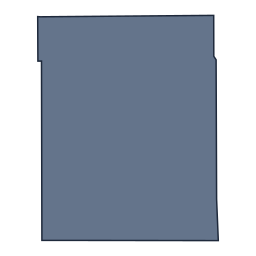 Aurora, South Dakota, United States of America (orthographic projection)
{"feature_id": "52423323B17598192587787", "entity_name": "Aurora", "entity_type": "district", "adm_level": 2, "iso_a3": "USA", "parent_name": "United States of America", "parent_adm1": "South Dakota", "projection": "orthographic", "projection_center": [-98.556, 43.718], "detail": "fine", "context": "isolated", "style": "filled", "palette": "slate", "viewbox_px": 256, "rotation_deg": 0, "n_neighbors": 0, "source": "geoboundaries", "source_scale": "gbopen_adm2", "svg_char_len": 262}
<svg xmlns="http://www.w3.org/2000/svg" viewBox="0 0 256 256"><path d="M216.1,59.8L213.8,56.3L213.7,15.4L40.2,16.8L37.7,16.6L37.9,61.1L41.5,61.1L41.9,240.4L75.0,240.4L218.3,240.6L216.6,199.2L216.1,59.8Z" fill="#64748b" stroke="#1e293b" stroke-width="1.5"/></svg>